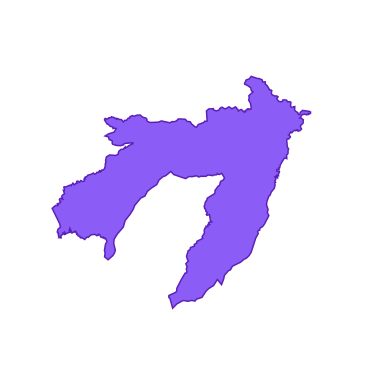 Totutla, Veracruz, Mexico, rotated 157°
{"feature_id": "50627088B19738638241158", "entity_name": "Totutla", "entity_type": "district", "adm_level": 2, "iso_a3": "MEX", "parent_name": "Mexico", "parent_adm1": "Veracruz", "projection": "robinson", "projection_center": [-96.892, 19.232], "detail": "fine", "context": "isolated", "style": "filled", "palette": "violet", "viewbox_px": 384, "rotation_deg": 157, "n_neighbors": 0, "source": "geoboundaries", "source_scale": "gbopen_adm2", "svg_char_len": 6073}
<svg xmlns="http://www.w3.org/2000/svg" viewBox="0 0 384 384"><g transform="rotate(157 192 192)"><path d="M297.8,166.5L295.7,162.4L289.6,164.4L286.9,166.4L285.3,168.4L284.2,175.2L282.1,179.0L276.8,182.7L269.0,186.5L264.7,191.8L257.5,195.8L252.6,199.3L249.9,202.1L241.3,206.5L237.0,206.6L233.0,209.9L228.3,211.4L221.5,212.6L217.7,215.9L213.0,217.4L209.7,217.3L203.5,219.2L201.9,215.1L192.6,206.8L188.8,207.4L185.7,206.0L181.2,205.1L180.6,203.8L179.3,203.0L178.0,203.1L173.0,201.0L170.6,201.4L166.4,198.9L165.1,199.2L163.1,198.3L161.8,198.4L161.5,198.9L161.1,198.1L159.8,197.4L157.3,197.5L156.6,192.2L158.9,190.7L161.5,190.6L164.2,187.3L165.5,187.2L170.2,184.5L170.9,182.7L171.9,181.7L180.5,180.3L180.9,179.2L183.8,177.4L185.2,175.1L186.3,174.3L186.8,171.8L186.2,170.4L186.8,168.9L185.9,166.9L187.6,165.7L187.3,164.7L184.8,164.4L186.2,158.5L185.6,156.8L187.6,157.5L188.9,157.1L189.0,156.1L188.4,155.2L189.3,155.1L190.1,155.7L191.0,154.0L192.4,155.1L193.1,153.9L194.1,153.8L195.7,152.0L196.7,149.3L200.2,146.9L200.2,145.1L206.7,144.7L207.8,143.2L210.4,142.8L211.0,141.2L215.1,141.5L216.4,139.7L218.4,139.5L222.2,134.9L222.6,131.3L222.2,129.9L225.7,128.4L225.8,124.8L227.2,123.6L227.7,121.0L228.4,119.8L230.1,120.0L235.9,115.7L243.6,109.3L244.7,106.8L246.5,106.0L253.7,105.8L254.5,104.1L253.9,102.4L255.2,92.6L249.7,94.9L243.1,95.6L241.7,95.2L238.7,93.1L234.6,92.3L231.8,90.4L229.8,91.6L224.0,91.1L217.9,95.2L214.3,96.6L208.7,97.5L202.8,101.5L201.0,95.2L196.9,99.5L194.6,102.7L189.2,105.3L187.1,105.3L183.8,107.9L174.7,108.4L169.8,109.9L168.2,109.7L164.4,111.1L161.1,113.4L151.4,124.6L147.2,127.9L147.1,129.8L146.3,130.5L144.6,130.4L144.1,131.6L143.1,132.2L140.5,132.6L137.8,134.2L130.5,140.2L130.7,143.7L128.8,146.2L128.4,151.2L126.8,154.0L122.8,158.2L121.5,158.5L119.0,161.0L114.7,163.3L112.7,166.2L112.3,168.1L111.3,168.2L111.4,170.1L110.1,170.6L109.5,171.7L109.8,173.7L109.1,173.7L107.7,171.6L107.4,172.3L108.0,173.9L107.5,174.4L106.0,173.2L105.6,174.5L103.5,176.5L103.6,177.2L104.3,177.7L105.3,177.5L105.8,178.2L105.4,179.2L104.6,179.6L103.0,178.9L102.7,180.3L101.9,180.0L100.1,182.5L94.1,186.9L93.1,187.1L91.7,185.7L90.5,189.0L88.6,189.9L87.2,193.0L86.3,193.7L86.6,196.4L84.5,202.9L83.3,203.7L82.3,203.0L79.9,204.2L79.8,204.8L80.8,206.8L80.0,206.9L78.0,208.7L77.1,207.5L74.1,208.8L72.5,207.9L71.8,208.4L70.9,207.1L70.6,207.6L70.1,206.5L68.8,206.3L66.5,207.2L66.8,209.1L66.2,210.7L62.9,211.9L61.3,215.0L62.8,217.9L63.7,218.0L60.8,220.0L58.2,219.8L56.2,218.2L54.5,218.8L54.6,217.9L52.2,218.1L51.6,219.3L52.5,220.4L58.3,223.9L61.2,223.0L62.4,221.4L63.7,221.8L63.6,223.7L65.1,225.9L65.5,227.3L64.0,230.5L65.4,230.8L66.0,230.4L67.7,231.7L67.7,232.6L65.9,235.9L66.6,236.9L68.8,237.7L69.1,239.7L72.2,241.3L74.0,239.9L76.3,241.2L77.1,242.5L77.5,244.9L75.6,245.9L76.4,247.3L78.3,248.0L80.4,250.5L80.4,251.8L78.9,254.3L79.6,255.2L80.7,255.4L81.0,256.4L80.7,256.9L81.3,260.6L82.4,262.7L81.5,264.7L83.8,265.7L83.6,267.9L86.0,270.3L87.5,271.0L92.3,275.3L95.2,273.7L98.3,274.0L101.3,271.3L101.3,270.5L99.6,268.8L97.2,265.0L97.8,262.0L96.7,260.3L102.0,258.5L102.7,256.1L104.0,254.4L103.5,251.1L104.2,247.7L105.2,245.3L106.3,245.8L107.0,245.4L107.6,246.6L108.6,246.8L108.9,246.3L110.3,246.3L111.4,245.0L112.7,245.1L112.3,246.0L113.5,246.4L114.1,248.5L114.9,248.8L117.7,248.5L117.5,250.3L118.4,251.2L118.1,252.4L118.8,253.4L122.7,253.0L124.7,256.0L127.8,255.5L129.5,255.9L131.0,258.1L132.0,258.5L134.0,257.9L135.1,256.9L138.0,257.1L140.0,259.1L139.8,260.4L144.1,261.9L147.0,261.0L150.4,251.3L152.7,252.2L154.2,251.4L159.8,251.7L162.5,249.9L163.6,250.6L165.7,254.6L166.2,257.4L169.0,259.0L169.6,261.4L170.3,261.9L175.7,264.5L177.0,264.4L177.6,263.7L180.2,263.5L183.0,264.6L185.2,264.3L192.4,269.4L195.5,269.4L203.3,272.3L205.3,274.2L205.7,275.4L205.1,276.6L205.4,277.9L208.3,280.3L209.6,283.1L212.4,284.2L215.6,284.4L217.2,285.7L219.8,285.5L220.7,284.4L221.8,284.9L224.6,283.5L225.8,284.3L227.9,283.4L228.6,286.2L230.4,287.1L231.8,288.7L233.1,288.5L232.9,289.4L234.2,290.0L235.0,291.5L235.9,291.7L236.7,292.7L237.7,292.2L239.6,292.8L242.0,292.1L242.7,293.5L243.4,293.6L244.4,292.6L243.6,287.8L242.5,286.7L241.5,284.2L239.6,283.0L239.9,281.2L238.4,281.1L237.0,280.1L240.2,277.6L246.1,278.1L250.1,277.5L247.3,275.2L247.8,272.6L245.5,270.5L246.5,267.6L246.3,266.9L243.4,264.4L239.5,262.5L236.7,262.2L236.3,262.9L234.1,262.7L227.3,260.5L227.4,259.6L232.7,259.3L233.9,258.7L235.3,258.9L235.6,259.6L236.1,258.5L237.0,259.2L238.3,258.1L240.5,259.0L243.1,258.2L244.3,257.2L245.1,255.7L246.3,255.5L248.0,255.5L253.4,258.3L257.1,257.7L259.2,254.8L259.7,252.8L260.7,252.1L261.4,250.3L263.2,247.9L265.0,246.8L266.2,247.5L267.2,246.8L267.7,247.2L268.5,246.1L269.0,246.3L269.0,247.6L270.8,246.6L271.9,247.3L273.5,246.3L274.7,246.5L275.4,248.0L277.9,247.7L281.3,248.2L283.1,247.2L284.4,247.5L284.9,246.2L285.3,246.8L285.7,246.6L286.4,246.0L286.5,244.5L287.1,244.2L288.5,244.4L289.9,246.0L291.8,244.9L292.8,246.7L293.6,246.8L294.1,246.6L294.4,244.9L295.4,245.4L297.5,244.5L298.1,246.7L299.3,245.9L300.3,245.9L300.8,245.1L301.9,246.0L306.5,246.0L307.6,246.8L308.2,246.3L308.3,244.4L309.0,243.3L309.7,243.8L310.1,240.2L312.9,239.6L313.8,238.5L313.7,235.9L315.4,237.5L316.4,237.4L317.0,236.9L317.2,234.8L316.6,234.6L317.3,233.7L319.1,233.6L319.9,232.8L319.9,233.7L320.6,233.8L320.9,232.0L322.9,232.9L327.1,231.6L326.2,214.6L326.8,211.2L330.0,210.0L331.7,207.8L331.2,206.8L331.7,205.9L331.1,205.3L332.1,203.8L331.9,202.3L332.4,202.0L330.4,200.9L330.0,202.1L330.6,202.6L327.4,203.6L327.0,204.4L326.1,202.7L325.3,202.6L325.5,204.8L325.0,205.0L325.0,203.3L324.4,202.9L321.5,202.9L319.8,202.4L319.4,202.7L320.2,204.2L318.6,206.2L318.5,201.1L315.1,201.6L315.3,200.8L314.3,200.8L314.7,198.4L313.9,198.5L314.2,197.1L313.8,196.8L313.9,195.9L312.6,195.2L312.8,193.8L312.1,193.0L311.4,193.3L309.3,190.2L306.3,191.6L305.3,190.8L301.9,192.0L298.1,191.1L296.6,188.9L295.1,188.9L294.9,189.6L293.8,189.1L293.5,188.2L293.7,186.3L292.1,184.9L291.3,185.0L291.5,184.2L290.3,184.0L290.4,182.9L289.5,182.7L289.7,179.6L292.0,177.8L295.5,172.3L295.8,169.8L297.8,166.5Z" fill="#8b5cf6" stroke="#5b21b6" stroke-width="1.5"/></g></svg>